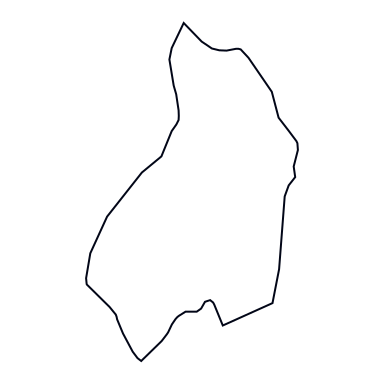 outline of Sacatepéquez
{"feature_id": "GTM-1953", "entity_name": "Sacatepéquez", "entity_type": "Department", "adm_level": 1, "iso_a3": "GTM", "parent_name": "Guatemala", "parent_adm1": "", "projection": "natural_earth1", "projection_center": [-90.754, 14.591], "detail": "fine", "context": "isolated", "style": "outline", "palette": "ink", "viewbox_px": 384, "rotation_deg": 0, "n_neighbors": 0, "source": "natural_earth", "source_scale": "10m", "svg_char_len": 840}
<svg xmlns="http://www.w3.org/2000/svg" viewBox="0 0 384 384"><path d="M86.8,284.5L86.6,283.5L86.1,278.2L90.3,253.3L107.1,216.6L141.9,172.5L161.4,156.4L171.7,131.1L176.4,124.4L178.6,120.0L178.8,115.9L178.6,110.4L176.2,94.3L173.7,85.6L169.4,59.5L171.7,48.1L183.7,23.0L201.7,41.6L211.9,48.5L219.3,50.3L226.6,50.6L236.0,48.8L238.4,48.8L240.7,49.4L248.5,57.8L271.8,91.8L278.6,117.7L289.0,131.2L296.4,141.1L297.4,143.2L297.9,150.0L293.7,166.5L295.2,177.1L288.7,185.4L284.7,196.4L279.1,269.2L272.5,303.1L222.8,325.5L214.2,304.5L213.1,302.5L210.1,300.1L205.0,301.8L201.1,308.6L196.7,311.7L185.5,311.7L178.8,315.9L177.3,317.1L175.5,319.1L171.9,324.4L168.1,332.4L166.9,334.2L161.7,341.0L141.2,361.0L137.5,358.1L132.7,351.7L123.0,333.5L117.1,319.3L116.6,316.8L115.8,314.6L109.6,307.0L86.8,284.5Z" fill="none" stroke="#020617" stroke-width="2"/></svg>